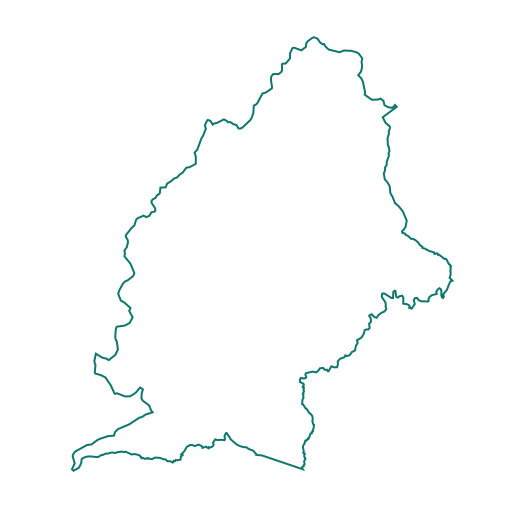 the district of Mufulira, Copperbelt, Zambia, rotated 267°
{"feature_id": "96606910B37180348733704", "entity_name": "Mufulira", "entity_type": "district", "adm_level": 2, "iso_a3": "ZMB", "parent_name": "Zambia", "parent_adm1": "Copperbelt", "projection": "mercator", "projection_center": [28.196, -12.561], "detail": "fine", "context": "isolated", "style": "outline", "palette": "teal", "viewbox_px": 512, "rotation_deg": 267, "n_neighbors": 0, "source": "geoboundaries", "source_scale": "gbopen_adm2", "svg_char_len": 5973}
<svg xmlns="http://www.w3.org/2000/svg" viewBox="0 0 512 512"><g transform="rotate(267 256 256)"><path d="M67.2,192.4L68.3,196.1L66.5,198.3L67.6,198.9L67.0,199.8L68.0,202.5L68.9,203.4L70.4,203.8L71.8,203.2L75.0,205.7L74.2,207.8L74.3,212.0L73.7,214.9L74.4,215.4L77.7,215.1L80.6,216.6L80.8,217.4L75.8,220.5L74.4,220.9L68.9,226.7L66.9,230.2L65.7,233.9L65.5,236.4L63.8,238.4L61.6,243.2L58.2,245.8L57.4,245.8L56.5,251.6L40.6,291.5L41.8,290.8L42.8,291.0L43.4,292.6L44.4,292.5L45.3,293.6L48.5,293.3L50.7,294.7L51.7,294.6L52.1,293.9L54.6,293.7L55.8,294.4L57.1,292.8L58.0,293.5L62.4,292.9L64.1,293.2L66.7,294.9L68.4,295.2L69.3,296.0L69.0,296.8L69.9,297.3L70.3,298.4L71.1,298.4L71.2,299.2L75.8,301.2L76.1,302.4L76.9,302.3L77.9,303.7L78.6,303.4L80.3,304.3L84.4,305.1L84.9,304.4L88.3,303.6L90.1,304.1L93.1,303.9L95.8,302.1L96.3,301.0L101.0,298.4L101.1,297.6L105.2,295.3L105.6,294.3L110.1,294.9L112.3,296.1L113.8,295.7L115.6,296.2L116.0,295.6L118.6,296.9L119.5,296.4L121.5,296.9L122.1,296.3L122.2,296.8L122.8,296.8L123.4,296.1L125.3,297.1L126.3,296.2L127.9,293.2L131.0,293.7L131.9,294.7L131.1,297.4L131.6,299.3L132.6,299.9L134.6,299.1L136.3,299.6L137.6,306.3L136.7,309.9L137.8,311.8L140.4,313.9L140.8,317.1L138.9,318.4L138.7,320.9L137.2,321.6L137.1,322.4L141.9,325.5L140.7,328.4L140.7,331.2L143.6,332.1L146.5,332.1L149.0,334.6L150.2,338.8L152.1,340.1L151.2,341.2L152.1,344.3L155.1,346.8L156.5,349.9L160.9,351.0L163.9,353.0L166.6,352.4L168.5,356.3L170.1,357.9L173.2,359.8L176.2,360.6L176.9,362.2L176.7,364.2L178.1,365.7L182.3,365.4L184.5,367.5L187.9,367.3L190.2,365.9L190.9,366.2L191.8,368.5L188.9,370.9L188.0,373.3L190.5,375.1L192.6,378.1L193.8,381.2L195.6,383.0L196.6,383.3L198.9,382.7L199.8,383.1L202.9,382.8L208.5,379.5L211.5,379.8L212.0,380.4L211.8,382.3L207.0,389.1L206.8,390.6L213.1,391.3L214.1,392.5L213.8,393.4L207.8,393.9L207.0,395.7L208.3,397.1L208.7,400.0L206.3,401.0L200.7,400.5L200.0,404.2L198.7,406.3L197.6,407.0L196.7,406.3L195.9,406.4L195.8,408.0L195.3,408.6L199.8,412.1L203.4,411.2L205.6,412.5L205.8,414.6L203.5,416.0L202.1,418.7L201.6,425.5L201.9,426.0L204.1,426.1L206.0,427.1L207.8,429.9L208.6,434.4L211.0,434.2L213.4,436.1L214.2,437.5L213.2,438.8L211.2,439.3L206.8,439.0L204.7,439.7L204.4,440.8L205.8,441.5L207.6,440.7L212.0,444.7L220.3,448.6L221.0,450.9L224.1,448.2L226.5,449.2L230.0,449.6L230.8,449.2L232.9,449.8L233.9,449.5L235.5,450.3L236.4,449.3L237.3,449.2L237.8,448.2L242.8,445.9L243.3,445.4L243.1,444.2L247.6,439.0L247.7,437.7L248.5,437.7L249.3,436.8L248.7,434.7L249.0,434.1L250.2,434.1L252.0,429.1L254.6,424.9L255.1,423.2L255.6,422.4L256.5,422.6L258.6,420.0L260.8,418.9L263.3,416.3L265.0,413.6L264.9,411.9L267.9,409.1L269.5,406.4L270.6,406.0L271.5,403.3L273.1,403.1L274.1,404.5L277.4,406.9L283.4,408.4L293.0,404.9L298.1,401.2L301.6,397.6L307.5,395.6L311.8,393.5L319.0,393.1L323.3,390.7L325.8,388.6L331.8,388.0L335.0,389.4L337.7,389.5L339.7,391.1L343.3,391.6L349.7,394.1L351.6,393.7L353.8,394.8L358.0,394.3L359.6,393.5L366.7,393.5L371.0,395.1L373.9,395.1L375.8,396.2L377.8,396.5L379.3,395.8L379.5,394.8L381.4,393.5L381.9,392.5L387.9,389.8L397.6,404.3L399.6,402.8L397.1,400.4L397.0,398.2L397.9,395.3L399.9,392.2L404.0,391.5L406.6,388.7L405.8,385.8L406.0,379.8L411.4,373.0L413.7,373.5L424.4,371.9L428.1,370.3L431.2,367.6L434.6,370.4L437.0,371.3L440.6,371.9L444.5,371.6L447.8,372.5L452.6,369.3L454.0,367.4L455.9,362.0L456.6,354.5L455.1,350.2L458.3,339.5L461.6,336.3L464.2,335.0L464.0,333.4L466.1,331.0L469.9,328.8L471.4,325.4L470.6,323.1L467.7,318.9L466.2,317.5L462.1,316.7L459.0,312.0L462.0,305.1L461.7,303.3L456.9,300.7L451.5,300.3L446.7,295.8L446.6,292.5L446.0,291.9L440.2,291.8L438.6,291.0L436.4,288.0L436.9,283.8L436.5,282.4L435.0,281.1L433.7,280.4L430.6,280.2L423.2,280.9L422.5,280.5L418.8,274.5L418.0,271.0L408.8,265.5L407.3,264.0L406.3,261.7L398.7,260.8L393.8,258.7L392.1,257.5L385.0,249.2L384.0,246.8L384.3,245.2L387.8,243.3L388.8,240.3L391.1,237.3L391.0,235.0L392.0,234.4L394.1,231.2L391.0,224.0L390.3,220.3L389.5,219.7L393.4,217.5L394.4,215.0L392.6,213.5L389.0,211.8L385.8,212.6L379.0,209.5L376.2,207.6L365.6,203.1L362.3,200.1L358.6,201.1L351.2,200.7L348.2,194.3L347.8,191.0L343.3,187.3L341.0,183.7L338.6,181.4L337.6,178.1L335.6,175.8L332.9,171.0L329.3,169.4L329.3,164.1L324.0,163.3L323.2,162.7L321.5,160.1L319.1,158.5L318.2,156.2L316.7,154.6L314.5,154.5L308.9,157.8L306.3,157.8L305.5,156.5L305.1,153.8L301.8,151.7L300.5,148.6L302.2,145.9L299.9,139.8L298.5,138.2L292.8,136.1L290.6,133.3L283.4,127.0L281.8,127.1L279.0,128.6L276.6,128.9L271.7,127.5L268.3,124.9L265.3,125.2L262.6,124.6L254.9,130.2L245.4,133.6L242.5,132.4L238.4,126.5L237.2,123.5L235.0,121.4L228.7,117.6L225.4,116.4L218.5,118.7L216.6,121.9L210.9,127.7L210.0,127.8L207.8,126.5L201.2,129.6L195.8,126.4L193.4,121.4L192.7,113.3L192.2,112.9L189.3,112.0L182.4,111.2L179.5,111.6L178.0,112.5L169.7,113.2L164.7,110.4L159.7,103.5L161.3,101.3L162.5,97.2L166.8,91.0L159.8,89.1L157.1,89.4L155.8,90.0L148.2,88.9L147.0,89.4L145.2,94.8L142.6,99.3L134.4,104.2L125.9,107.6L125.7,108.1L126.2,110.0L122.6,117.9L122.5,123.0L125.7,128.7L130.7,133.3L129.8,134.8L128.6,136.1L125.1,134.7L119.8,134.1L117.5,135.3L112.2,141.6L107.5,143.0L105.3,144.6L103.4,137.3L101.1,133.6L100.7,131.1L94.6,120.7L90.4,109.2L87.7,106.1L84.0,104.7L83.9,98.9L81.5,90.3L80.6,88.1L76.5,82.0L76.0,77.2L70.0,64.9L66.8,62.6L65.2,62.5L58.5,64.1L52.6,61.1L51.1,62.5L53.8,68.0L56.5,69.7L59.3,70.9L61.8,71.1L62.8,71.8L64.4,75.6L64.6,79.8L63.4,87.6L65.4,91.4L65.4,93.0L66.5,95.2L66.5,98.1L67.4,101.8L66.6,105.2L67.4,107.6L67.7,112.0L67.0,113.7L67.5,115.3L64.3,121.5L64.6,124.2L63.5,128.3L62.7,129.6L61.3,130.2L61.1,131.0L60.0,131.2L60.3,132.5L59.2,134.4L59.9,137.2L59.2,137.5L59.4,138.6L58.7,140.3L58.7,141.7L60.0,144.8L59.4,149.6L57.9,152.8L57.5,155.3L55.8,156.5L55.4,160.0L54.1,161.9L54.8,163.0L55.8,163.1L55.5,164.6L56.5,165.2L56.1,166.8L56.6,170.0L59.5,170.4L61.0,172.3L61.7,170.9L65.1,174.5L69.3,177.0L69.8,179.0L70.6,179.7L70.7,182.3L69.4,184.7L70.6,188.8L68.9,192.0L67.2,192.4Z" fill="none" stroke="#0f766e" stroke-width="2"/></g></svg>